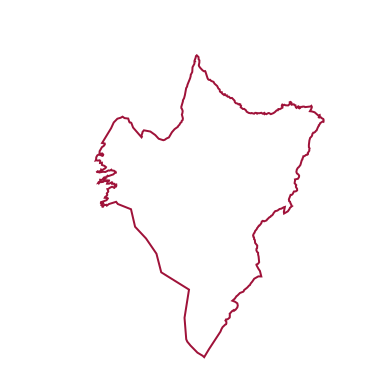 outline of Kwahu Afram Plains South, Eastern, Ghana, rotated 31°
{"feature_id": "2480657B87039075961323", "entity_name": "Kwahu Afram Plains South", "entity_type": "district", "adm_level": 2, "iso_a3": "GHA", "parent_name": "Ghana", "parent_adm1": "Eastern", "projection": "equal_earth", "projection_center": [-0.455, 6.878], "detail": "fine", "context": "isolated", "style": "outline", "palette": "rose", "viewbox_px": 384, "rotation_deg": 31, "n_neighbors": 0, "source": "geoboundaries", "source_scale": "gbopen_adm2", "svg_char_len": 5964}
<svg xmlns="http://www.w3.org/2000/svg" viewBox="0 0 384 384"><g transform="rotate(31 192 192)"><path d="M244.6,60.9L243.1,61.6L242.6,62.3L241.6,62.9L241.4,64.3L241.0,65.0L240.1,65.0L239.6,64.2L239.6,63.8L239.0,63.8L238.2,66.1L237.4,65.9L236.0,64.4L235.2,64.8L234.5,64.4L233.9,64.5L232.5,65.8L231.3,64.3L230.1,64.0L229.5,64.7L230.5,66.3L229.8,68.3L227.5,69.5L226.3,69.6L225.7,70.6L224.5,70.4L224.3,70.6L224.6,72.0L225.6,72.4L226.1,73.1L224.6,75.8L223.3,76.4L223.5,77.7L222.5,78.4L221.9,80.8L221.2,82.4L219.7,84.4L219.4,84.7L217.7,84.6L216.8,85.0L215.6,87.0L214.1,87.1L214.0,88.0L213.6,88.0L213.1,87.2L212.1,88.5L210.6,88.4L209.3,89.7L207.3,90.8L207.3,91.3L206.4,91.1L205.4,91.6L204.9,92.9L202.4,93.6L202.0,94.2L199.9,95.0L197.4,95.0L196.2,94.2L193.9,93.9L192.9,94.6L190.1,94.3L189.7,92.9L188.8,92.8L188.3,92.0L187.5,92.1L187.2,92.7L186.6,93.0L185.7,92.7L183.8,93.3L182.3,92.8L181.5,91.8L177.8,90.8L176.5,91.8L174.4,91.3L173.6,91.9L172.7,91.8L172.1,91.3L171.9,91.6L170.6,91.9L170.0,91.4L169.6,92.0L169.3,91.6L168.6,92.2L167.9,92.2L166.8,91.9L166.1,91.1L165.1,91.7L164.1,91.4L162.9,89.9L161.3,89.7L159.0,88.2L155.4,87.5L153.7,86.5L151.2,86.9L149.7,86.5L149.0,87.1L147.9,87.1L146.9,86.6L141.4,81.8L140.9,81.6L140.2,82.3L138.5,82.3L135.0,81.3L133.4,80.6L132.5,79.8L131.7,77.4L130.5,75.3L129.4,74.9L128.1,73.0L125.7,72.4L125.4,73.5L126.0,75.2L126.5,78.0L127.3,78.5L126.9,78.9L128.0,80.8L128.2,84.8L130.4,89.0L130.6,92.3L131.2,93.4L131.8,95.5L132.9,102.5L133.5,104.2L133.5,106.0L136.0,112.6L136.9,115.7L137.0,118.1L137.5,118.9L139.0,124.6L139.8,125.7L140.8,126.1L142.3,127.4L143.2,129.5L143.4,130.8L146.2,133.5L146.9,135.0L146.6,136.5L147.0,137.5L146.5,138.8L146.6,140.9L146.2,142.3L146.3,143.4L144.7,147.1L144.0,151.2L144.1,157.1L142.6,159.3L141.7,161.4L140.7,162.4L136.0,163.5L131.2,162.1L125.2,161.6L119.0,163.9L118.7,166.1L119.2,167.4L119.4,168.9L120.1,170.2L120.6,170.4L120.6,171.1L108.3,167.1L104.5,164.1L103.6,164.0L102.8,164.5L102.0,164.1L99.5,161.9L96.1,163.4L93.7,163.2L92.6,165.1L90.3,167.6L89.1,172.7L89.8,179.0L89.7,196.3L92.2,195.4L92.8,196.2L92.6,198.0L91.7,200.0L91.8,204.6L92.7,206.3L93.7,206.6L95.2,205.2L96.6,205.6L96.9,206.5L96.7,207.1L96.1,207.3L94.5,207.4L92.6,208.2L92.0,209.3L92.0,211.0L92.2,211.9L93.0,213.4L93.2,214.6L93.8,214.0L95.1,213.6L96.5,212.4L97.4,212.7L98.2,214.5L99.7,213.3L100.8,215.2L103.5,214.7L105.5,215.0L105.5,216.2L103.9,219.1L103.3,219.7L102.6,219.6L102.8,220.4L102.5,221.7L101.0,222.8L100.5,222.8L100.2,223.7L100.4,223.8L102.0,222.9L102.5,223.0L105.3,220.5L107.5,219.4L109.2,216.6L110.5,216.0L111.4,214.4L112.2,214.8L114.3,213.9L115.1,214.0L115.8,214.5L116.2,214.1L116.7,214.4L116.8,214.7L116.0,215.5L115.5,217.4L112.2,221.4L111.3,221.5L111.3,222.6L110.7,222.9L110.7,223.8L110.4,224.3L109.6,224.4L109.2,224.8L109.0,225.9L110.8,225.6L108.6,228.0L107.0,228.8L107.7,229.7L107.5,230.6L106.9,231.6L106.9,232.5L107.3,232.1L107.7,232.4L107.8,231.5L108.6,230.1L109.1,230.3L110.6,229.1L111.4,227.4L112.5,227.1L114.8,224.8L115.0,224.9L115.1,225.5L114.4,226.3L114.9,228.6L116.6,227.6L118.3,224.9L118.7,224.9L119.3,226.1L121.2,225.0L122.0,225.8L123.2,224.6L123.8,225.4L124.1,226.4L123.2,227.5L123.3,228.4L122.6,228.6L121.3,228.4L120.6,228.8L119.3,230.9L118.7,232.5L118.0,233.1L119.8,234.4L120.0,235.0L119.7,237.1L120.9,238.1L120.9,239.1L120.1,241.0L120.2,241.9L122.8,240.7L123.2,240.9L122.9,243.1L120.5,246.1L121.0,246.5L120.8,247.0L121.0,247.1L119.4,247.3L119.2,247.6L119.7,248.6L121.4,248.9L121.0,249.5L121.1,249.9L122.2,249.6L122.7,250.7L123.2,250.6L123.2,249.1L123.7,248.4L125.2,247.1L126.0,247.5L127.0,245.1L132.0,239.5L134.6,240.5L148.6,238.2L161.1,251.1L176.5,255.5L193.3,263.2L207.0,276.7L239.7,277.2L250.4,303.7L262.9,321.2L265.0,322.7L269.8,324.4L279.4,326.9L285.6,326.9L287.5,327.3L287.5,317.9L288.3,297.0L287.9,294.6L287.8,292.1L288.8,288.5L289.3,287.8L289.2,287.1L288.6,286.0L288.1,285.4L286.9,285.0L286.8,283.7L288.0,282.9L288.9,280.5L288.8,279.6L288.1,278.8L287.9,278.0L287.0,277.0L287.7,273.5L288.6,271.7L289.2,272.1L290.0,270.3L290.3,267.6L289.7,265.7L288.2,264.1L285.5,263.9L282.6,264.4L283.6,261.4L283.8,258.3L284.2,257.6L285.1,253.9L287.3,251.0L287.4,250.3L287.2,249.2L288.6,245.4L289.1,242.8L289.6,241.8L289.4,240.3L289.8,237.8L290.0,234.3L292.3,230.2L294.9,228.7L290.9,224.7L288.7,223.7L285.1,221.6L284.6,221.0L285.6,219.4L285.7,217.6L282.3,213.0L280.9,211.6L279.9,210.0L278.6,209.8L277.2,208.8L276.5,207.4L276.7,206.6L275.5,204.3L272.3,203.1L270.6,200.8L269.4,200.4L269.1,199.6L268.4,198.9L267.6,198.8L267.3,198.1L266.7,197.7L266.5,196.8L266.4,195.2L266.6,194.7L266.2,193.1L266.6,190.5L266.4,189.4L266.6,188.6L266.6,187.1L267.0,186.4L266.8,186.1L267.2,185.4L267.4,184.3L267.4,182.5L267.0,181.4L267.6,180.2L268.9,180.0L270.5,178.0L270.6,176.5L271.1,175.3L271.0,174.9L271.4,173.7L272.0,172.9L272.1,171.6L272.7,170.8L272.9,169.6L272.8,168.0L273.2,165.5L274.5,164.3L275.0,163.5L275.8,161.5L277.2,160.2L278.4,158.0L279.3,157.0L281.0,161.8L282.0,163.0L284.1,159.2L284.3,156.3L284.1,155.1L285.0,152.6L284.3,152.6L283.4,151.5L282.5,151.2L281.0,149.8L280.1,149.9L278.8,148.4L278.0,143.7L278.9,143.2L279.3,142.0L279.1,139.1L280.6,138.0L281.3,136.5L280.5,135.2L278.5,134.2L277.8,133.0L277.8,132.4L275.4,131.6L274.2,128.6L273.8,128.2L276.0,126.1L276.0,124.0L275.4,122.8L274.2,122.2L272.3,122.0L271.1,121.0L270.3,118.8L270.3,116.7L270.7,115.7L271.0,113.0L269.7,108.2L269.9,107.3L269.4,106.3L269.5,105.2L269.0,104.1L270.0,103.1L270.6,101.6L271.7,100.6L271.9,99.8L271.4,98.9L271.2,98.9L271.3,96.2L270.6,95.1L270.3,94.0L269.2,93.5L268.0,91.6L266.1,87.4L265.4,84.8L265.9,82.7L265.8,81.6L265.3,80.2L265.4,78.7L265.9,78.5L266.6,77.1L266.8,75.5L267.1,75.0L266.7,72.6L266.5,70.5L266.7,69.8L266.3,69.3L266.6,68.4L266.4,67.0L267.7,64.2L268.5,64.1L268.3,63.4L267.3,62.0L266.8,61.8L265.2,61.9L263.9,61.6L262.7,62.7L262.2,62.7L262.0,61.8L262.2,60.8L261.8,60.3L261.0,61.4L256.0,60.5L253.3,61.2L251.5,62.0L251.4,59.0L251.0,57.9L251.0,57.4L249.9,56.7L249.5,57.7L245.2,61.0L244.6,60.9Z" fill="none" stroke="#9f1239" stroke-width="2"/></g></svg>